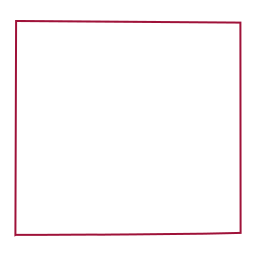 the district of Ringgold, Iowa, United States of America
{"feature_id": "52423323B92247192856320", "entity_name": "Ringgold", "entity_type": "district", "adm_level": 2, "iso_a3": "USA", "parent_name": "United States of America", "parent_adm1": "Iowa", "projection": "orthographic", "projection_center": [-94.258, 40.735], "detail": "fine", "context": "isolated", "style": "outline", "palette": "rose", "viewbox_px": 256, "rotation_deg": 0, "n_neighbors": 0, "source": "geoboundaries", "source_scale": "gbopen_adm2", "svg_char_len": 344}
<svg xmlns="http://www.w3.org/2000/svg" viewBox="0 0 256 256"><path d="M133.5,234.4L203.3,233.7L204.2,233.7L208.5,233.6L231.4,233.1L240.6,232.9L240.4,22.6L16.1,21.0L15.4,235.0L15.6,234.9L20.9,234.9L35.9,234.9L71.2,234.7L81.9,234.7L87.8,234.6L94.7,234.6L102.6,234.7L106.3,234.6L133.5,234.4Z" fill="none" stroke="#9f1239" stroke-width="2"/></svg>